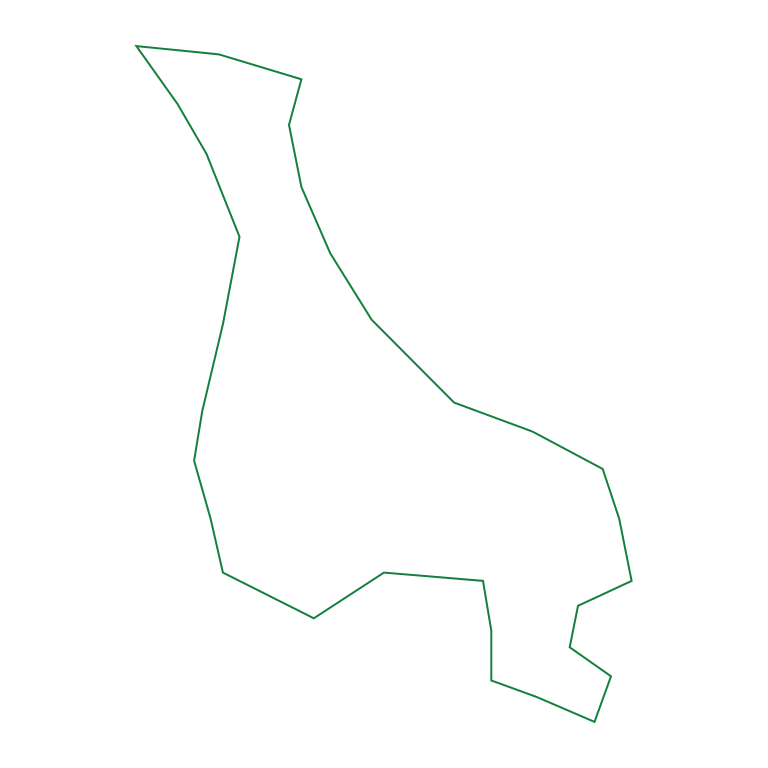 Kato Deftera, Nicosia, Cyprus (orthographic projection)
{"feature_id": "46923920B64183754779515", "entity_name": "Kato Deftera", "entity_type": "district", "adm_level": 2, "iso_a3": "CYP", "parent_name": "Cyprus", "parent_adm1": "Nicosia", "projection": "orthographic", "projection_center": [33.288, 35.095], "detail": "fine", "context": "isolated", "style": "outline", "palette": "green", "viewbox_px": 768, "rotation_deg": 0, "n_neighbors": 0, "source": "geoboundaries", "source_scale": "gbopen_adm2", "svg_char_len": 496}
<svg xmlns="http://www.w3.org/2000/svg" viewBox="0 0 768 768"><path d="M631.6,580.9L619.2,518.7L602.7,469.0L532.5,431.6L454.1,402.6L371.6,319.7L330.3,253.4L301.4,187.0L289.0,124.9L301.4,79.3L218.9,54.4L136.4,46.1L177.6,104.1L206.5,153.9L239.5,236.8L223.0,323.8L202.3,410.9L194.1,460.7L210.6,518.7L222.9,572.6L313.8,618.3L383.9,572.6L483.0,580.9L491.3,630.7L491.3,680.5L536.7,697.0L594.5,721.9L611.0,676.3L569.7,647.3L578.0,605.8L631.6,580.9Z" fill="none" stroke="#15803d" stroke-width="2"/></svg>